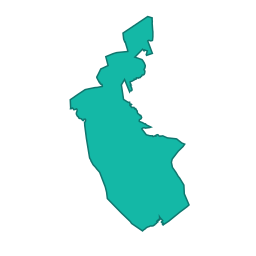 outline of Huamuxtitlán, Guerrero, Mexico, rotated 346°
{"feature_id": "50627088B12033458309920", "entity_name": "Huamuxtitlán", "entity_type": "district", "adm_level": 2, "iso_a3": "MEX", "parent_name": "Mexico", "parent_adm1": "Guerrero", "projection": "mercator", "projection_center": [-98.542, 17.83], "detail": "fine", "context": "isolated", "style": "filled", "palette": "teal", "viewbox_px": 256, "rotation_deg": 346, "n_neighbors": 0, "source": "geoboundaries", "source_scale": "gbopen_adm2", "svg_char_len": 5473}
<svg xmlns="http://www.w3.org/2000/svg" viewBox="0 0 256 256"><g transform="rotate(346 128 128)"><path d="M166.4,218.6L168.6,217.4L166.7,205.5L168.4,196.9L166.0,189.1L165.0,187.0L163.8,182.8L161.6,177.0L161.8,171.8L163.4,168.8L171.1,162.7L176.9,159.3L179.1,157.4L176.5,155.5L172.6,150.4L171.8,150.0L163.8,147.1L160.4,144.5L160.2,144.3L160.1,144.2L159.5,144.0L159.3,143.9L158.6,143.9L158.3,144.0L158.1,143.9L157.8,143.7L157.6,143.7L157.3,143.9L157.1,143.9L156.9,143.8L156.6,143.6L156.4,143.3L156.2,143.1L155.9,142.7L155.7,142.3L155.5,141.9L155.3,141.7L155.1,141.7L154.8,141.6L154.3,141.6L153.9,141.7L153.6,141.7L153.3,141.9L153.2,142.0L152.8,142.1L152.6,142.2L152.7,142.5L151.5,142.1L151.3,142.3L151.0,142.4L150.6,142.4L150.3,142.4L150.0,142.3L149.9,142.0L149.8,141.5L147.3,140.8L144.1,139.0L141.9,133.9L141.3,132.8L141.3,132.0L142.8,131.5L143.8,131.6L144.2,131.9L144.7,132.3L149.1,132.8L150.5,132.7L149.3,131.7L146.9,129.7L146.4,129.2L146.0,128.2L145.4,128.2L145.1,128.0L143.7,126.6L143.4,126.3L142.5,125.7L141.0,124.7L140.9,124.6L140.5,124.0L141.1,122.7L142.9,122.2L143.8,121.1L143.6,119.8L143.4,118.9L143.3,118.7L142.7,118.7L141.8,117.2L141.0,116.3L141.0,115.9L140.8,115.0L141.1,113.8L140.7,113.4L140.5,112.4L140.1,111.0L139.4,111.2L139.1,111.0L138.8,109.5L137.2,109.0L136.7,109.1L135.9,107.8L136.1,107.5L135.5,106.8L137.1,106.0L136.6,105.5L135.6,105.5L135.8,103.4L134.3,103.1L130.6,99.2L132.0,84.6L136.4,80.1L138.3,93.3L138.8,92.7L139.1,92.6L139.8,92.6L140.1,92.7L140.3,92.7L140.7,92.5L140.9,92.3L141.1,92.1L141.2,91.6L141.2,91.3L141.2,90.7L141.2,90.3L141.2,89.7L141.1,89.2L140.9,88.3L140.7,87.8L140.7,87.6L140.6,87.3L140.6,87.1L140.9,86.8L141.0,86.8L141.4,86.9L141.3,86.6L141.3,86.4L141.3,86.1L141.3,85.9L141.2,85.5L141.0,84.8L141.0,84.6L141.1,84.2L141.2,83.7L141.5,83.6L142.0,83.6L142.3,83.6L142.7,83.6L143.3,83.5L143.9,83.3L144.7,83.1L144.8,83.1L145.2,83.0L145.4,83.0L145.6,82.9L145.7,82.7L145.8,82.5L145.9,82.2L146.2,82.4L146.4,82.4L146.6,82.5L147.0,82.6L147.3,82.6L147.7,82.5L148.0,82.3L148.1,82.2L148.1,81.5L148.2,81.4L148.7,81.4L149.7,81.7L149.7,81.9L150.0,82.1L150.8,81.8L151.0,81.8L151.4,82.0L152.0,82.0L152.2,81.8L152.4,81.6L152.6,81.3L152.8,81.2L153.3,81.2L153.5,81.2L153.9,80.9L154.0,80.7L154.2,80.3L154.6,80.0L154.8,80.0L155.4,80.2L155.7,80.2L156.0,80.2L156.4,80.0L156.5,79.9L156.8,79.7L157.0,79.4L157.3,79.0L157.4,78.9L157.6,78.5L157.7,78.1L157.8,77.9L157.9,77.5L158.1,77.2L158.1,76.8L158.1,76.5L158.0,76.3L157.9,75.9L157.7,75.7L157.6,75.4L157.6,75.2L157.8,74.8L158.0,74.7L158.3,74.6L158.5,74.5L158.6,74.3L158.7,74.0L158.8,73.6L159.0,73.4L159.3,73.2L159.6,72.4L159.6,72.2L159.8,71.8L159.8,71.4L159.8,71.0L159.7,70.5L159.6,70.0L159.6,69.6L159.5,68.9L159.1,67.6L158.7,66.3L158.1,65.0L151.8,60.9L161.2,55.1L162.2,57.0L162.8,56.2L165.4,57.9L163.4,61.3L163.6,61.5L163.7,61.8L163.7,62.0L169.7,61.5L168.2,48.4L168.5,48.1L169.0,48.0L169.5,48.0L169.8,48.1L170.2,48.4L170.7,48.8L171.6,49.0L172.7,49.0L173.0,48.8L174.2,45.5L175.4,40.7L175.6,38.9L176.4,34.5L176.8,32.1L177.3,30.7L177.7,28.3L178.1,27.0L174.1,24.6L146.1,34.7L145.3,40.6L145.7,43.7L146.1,43.7L146.5,52.2L146.3,53.7L135.3,52.1L132.7,52.2L131.3,52.3L123.7,53.4L123.8,62.6L118.3,63.7L115.9,64.1L112.3,68.4L110.1,70.9L110.2,71.1L109.9,71.6L111.1,76.4L111.3,76.4L111.4,76.5L111.5,76.6L111.3,76.9L111.3,77.0L111.4,77.3L111.6,77.3L111.8,77.5L111.9,77.8L112.0,78.0L111.9,78.3L112.0,78.4L112.1,78.5L112.3,78.9L112.3,79.0L112.6,79.0L112.8,79.2L113.2,79.3L113.3,79.5L113.2,79.9L113.3,80.5L113.2,80.7L113.0,80.9L113.2,81.1L113.2,81.4L113.1,81.5L112.2,81.4L107.8,81.2L105.9,80.8L99.5,80.5L95.7,80.4L87.5,83.3L78.8,86.6L77.1,95.2L76.9,95.4L77.3,95.6L77.5,95.6L78.0,95.3L78.3,95.2L78.7,95.1L78.8,95.1L79.0,95.2L79.1,95.3L79.3,95.6L79.3,95.8L79.5,96.1L79.6,96.6L79.7,97.0L79.9,97.2L80.0,97.2L80.7,97.2L81.2,97.2L81.8,97.1L82.2,97.1L82.4,97.0L82.7,97.0L82.8,97.2L82.9,97.3L83.0,97.5L83.0,97.9L83.0,98.2L82.8,98.8L82.7,99.1L82.6,99.3L82.3,99.8L82.1,100.0L81.9,100.3L81.7,100.6L81.6,100.9L81.4,101.4L81.3,101.9L81.3,102.3L81.6,103.6L81.7,104.1L81.8,104.3L82.1,104.6L82.4,104.8L82.5,105.1L82.6,105.3L82.5,105.7L82.6,105.9L82.6,106.1L82.7,106.3L83.1,106.9L84.8,107.7L85.0,107.9L85.2,108.1L85.3,108.2L85.3,108.7L85.4,108.9L85.6,109.1L85.8,109.3L86.0,109.8L86.3,110.0L86.5,110.0L86.6,109.9L86.6,109.7L87.5,108.8L88.8,109.2L88.9,109.8L88.2,111.5L87.3,111.9L87.1,112.4L86.9,114.0L86.7,114.6L85.1,128.2L83.5,147.8L83.7,148.5L84.1,149.9L84.2,151.4L84.5,152.2L84.7,153.0L84.9,153.8L85.3,155.2L85.7,156.0L86.3,157.0L87.1,158.5L87.6,159.8L89.8,164.1L91.7,179.6L91.7,183.6L91.7,185.1L90.9,191.5L101.3,209.3L103.1,212.1L107.6,219.3L108.4,221.5L117.2,231.4L118.5,230.6L119.9,230.2L120.3,230.0L120.7,229.7L121.9,229.2L122.4,229.0L123.1,228.8L123.8,228.8L124.3,228.8L125.0,228.7L125.8,228.5L126.3,228.5L126.9,228.6L127.1,228.8L127.6,228.9L128.8,229.0L129.2,228.8L129.5,228.7L130.1,228.5L130.4,228.5L130.5,228.4L130.7,228.1L131.6,227.7L132.2,227.5L132.6,227.2L133.3,226.7L134.0,226.4L133.3,225.5L133.4,225.4L134.0,225.1L134.2,225.6L134.9,225.3L134.7,224.7L135.5,224.3L135.7,224.7L136.2,224.4L136.3,224.7L137.0,224.4L136.6,223.7L136.9,223.6L137.2,223.4L137.0,222.3L137.1,221.8L137.3,222.4L138.2,224.3L138.5,224.7L138.8,225.2L139.1,225.8L139.3,226.3L138.2,226.9L138.3,227.1L137.7,227.4L138.2,228.2L138.2,228.3L138.4,228.7L138.6,229.1L139.2,228.9L139.4,229.2L138.5,229.6L138.7,229.9L138.3,230.1L138.6,230.6L138.9,230.4L142.4,229.2L143.9,228.6L144.7,228.4L158.1,222.1L166.4,218.6Z" fill="#14b8a6" stroke="#0f766e" stroke-width="1.5"/></g></svg>